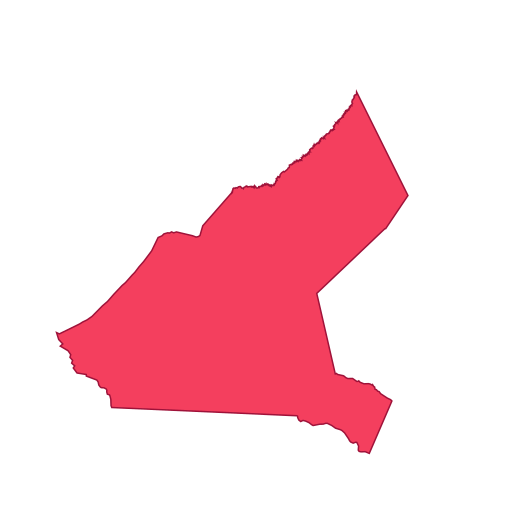 Sesheke, Western, Zambia, rotated 16°
{"feature_id": "96606910B16407097160512", "entity_name": "Sesheke", "entity_type": "district", "adm_level": 2, "iso_a3": "ZMB", "parent_name": "Zambia", "parent_adm1": "Western", "projection": "natural_earth1", "projection_center": [23.989, -16.932], "detail": "fine", "context": "isolated", "style": "filled", "palette": "rose", "viewbox_px": 512, "rotation_deg": 16, "n_neighbors": 0, "source": "geoboundaries", "source_scale": "gbopen_adm2", "svg_char_len": 6068}
<svg xmlns="http://www.w3.org/2000/svg" viewBox="0 0 512 512"><g transform="rotate(16 256 256)"><path d="M307.5,70.6L308.1,73.2L306.7,73.9L306.7,74.9L306.1,75.3L306.9,76.7L306.4,77.2L306.1,79.1L305.6,79.4L305.7,81.6L306.7,82.7L306.3,83.8L306.5,84.6L306.2,84.4L305.6,85.1L305.8,85.6L305.2,86.0L305.3,86.3L305.6,86.1L305.6,87.4L305.1,87.9L305.2,88.2L304.9,87.9L305.0,88.7L304.4,89.3L304.7,89.6L304.4,89.7L303.8,90.5L304.3,90.6L303.9,90.9L303.9,91.4L303.3,91.0L303.2,91.4L303.0,91.2L302.9,91.6L302.1,91.6L302.4,93.0L302.0,93.2L302.5,93.4L302.2,94.0L302.6,93.6L302.7,94.1L301.8,94.5L301.9,95.0L301.5,94.9L301.0,95.6L301.0,95.9L301.6,95.8L301.4,96.3L301.6,96.7L301.4,97.4L300.8,97.5L301.1,97.8L301.0,98.0L300.7,97.7L300.9,98.1L300.7,98.7L300.9,98.8L300.2,99.0L300.3,99.9L299.3,100.5L299.3,101.3L298.8,101.3L298.2,102.1L298.5,102.8L298.0,102.9L298.3,103.4L298.0,103.5L298.5,103.9L298.1,104.0L297.8,104.3L298.0,104.5L297.4,105.1L297.7,105.0L297.8,105.4L297.6,105.2L297.0,105.7L296.8,105.2L296.4,106.2L296.1,106.1L296.4,106.5L295.5,107.8L295.7,108.3L295.3,108.7L295.5,109.2L295.2,109.2L294.6,109.9L294.8,110.1L294.5,110.4L295.1,110.2L295.7,110.8L295.5,111.5L295.7,112.6L296.1,112.8L295.5,113.1L295.5,113.5L295.1,113.5L294.9,114.4L293.9,114.5L293.9,114.1L293.4,114.7L293.0,114.5L292.8,115.4L293.1,115.7L292.5,116.6L292.7,117.2L292.5,117.7L292.2,117.6L292.1,118.3L290.1,119.3L289.9,119.7L290.1,120.1L289.5,120.7L289.3,121.1L289.5,121.2L288.7,122.0L289.2,122.5L288.8,123.4L289.1,123.7L288.7,123.6L288.5,124.2L288.3,124.0L288.4,124.4L287.9,124.2L287.9,124.5L287.2,124.7L286.4,124.4L286.3,125.0L286.2,124.8L286.2,125.1L285.7,125.6L286.0,126.2L285.6,126.7L285.9,127.2L285.3,127.5L285.4,128.3L285.9,128.3L285.5,128.9L285.7,129.0L285.4,129.5L285.5,130.0L285.2,129.9L285.4,130.4L284.9,130.6L284.6,130.2L284.7,130.8L284.4,130.3L284.3,130.7L283.9,130.5L283.3,131.0L283.2,131.8L282.6,132.2L282.8,132.4L282.1,133.3L281.8,133.2L281.8,133.5L281.6,133.2L281.4,133.5L281.2,133.2L281.2,133.8L281.0,133.7L280.9,134.2L281.1,134.3L280.6,134.5L281.0,136.7L280.8,136.9L280.6,136.5L280.2,137.1L279.9,137.1L280.2,136.8L279.6,137.0L278.3,139.1L278.6,140.0L278.8,139.7L278.9,140.5L278.3,140.2L278.6,140.5L278.4,141.4L278.7,141.4L278.2,141.7L278.5,142.6L278.2,142.4L278.0,143.0L277.7,142.6L277.6,143.3L277.3,143.1L277.1,143.5L277.4,144.2L277.1,144.5L276.8,144.1L276.6,144.5L276.2,144.2L276.6,144.7L276.5,145.0L276.0,144.7L275.9,145.1L276.2,145.2L275.4,145.5L275.2,145.8L275.4,146.2L275.1,146.1L275.0,146.4L275.3,146.4L274.7,146.8L274.8,146.3L274.1,146.1L274.4,146.6L274.0,146.9L274.1,147.2L273.5,147.3L273.7,147.5L273.6,148.1L273.2,147.8L273.5,148.2L273.2,148.4L273.4,148.4L273.4,149.0L272.9,149.1L273.2,149.6L272.9,150.7L273.3,151.2L272.5,151.2L272.8,151.5L272.5,151.5L272.3,152.1L271.7,152.3L271.5,151.8L271.2,152.3L271.1,151.9L270.6,152.7L269.9,152.6L269.9,153.0L269.6,152.9L269.8,153.4L269.3,153.2L268.9,153.9L268.6,153.6L268.7,154.3L268.2,154.4L268.5,154.8L267.8,154.4L267.5,155.0L267.1,154.8L267.3,155.5L266.7,155.4L266.8,156.1L266.0,156.4L266.3,156.8L265.4,157.5L265.7,157.9L265.0,158.5L264.4,158.3L263.0,159.5L263.3,160.0L263.6,161.8L262.7,162.5L262.4,163.9L260.2,167.2L260.0,167.4L259.2,167.1L257.7,169.0L256.8,171.1L257.0,172.1L256.8,172.9L257.1,173.2L256.9,174.1L256.4,174.2L256.5,174.0L256.1,174.0L256.0,173.5L255.3,173.6L255.4,174.0L255.0,174.2L254.9,175.1L254.2,176.2L254.9,176.4L254.9,177.3L255.2,177.5L254.8,177.6L254.9,177.9L254.5,178.5L254.8,178.8L254.6,179.5L254.4,179.4L254.6,181.0L253.9,181.8L253.9,182.3L253.6,182.0L253.6,182.9L253.1,182.9L252.9,183.7L251.9,183.5L251.9,183.9L251.5,184.0L251.5,184.4L251.2,184.1L251.2,184.6L250.7,184.1L250.3,185.0L249.6,184.7L249.7,184.2L249.1,184.5L249.1,184.0L248.3,184.1L248.3,183.7L247.7,183.5L247.4,183.7L247.4,184.1L247.1,184.2L247.3,183.8L247.0,183.7L246.8,184.5L245.9,184.4L245.8,184.6L245.6,184.1L245.5,184.4L244.6,184.3L244.8,184.9L243.9,186.1L243.7,185.9L243.5,186.3L243.4,185.9L242.8,186.6L242.5,186.2L242.4,186.9L242.0,187.4L241.8,187.1L241.1,188.0L239.9,188.4L240.1,189.2L239.7,189.1L239.8,189.4L238.2,190.5L237.2,190.3L236.6,189.4L236.0,189.1L235.7,189.2L235.6,189.7L235.3,189.3L235.3,189.6L235.0,189.4L234.5,189.7L234.7,190.5L234.4,190.1L234.2,190.3L234.5,190.7L233.4,190.3L233.1,190.8L232.5,190.4L232.2,190.8L231.7,190.6L228.9,191.9L228.4,191.5L228.2,191.8L227.3,191.4L227.2,191.9L225.5,193.4L225.3,194.8L224.5,194.4L223.5,194.7L222.0,193.5L221.2,193.7L219.9,194.5L219.3,195.8L217.9,195.8L217.5,196.6L216.0,196.7L215.4,197.4L215.3,198.1L215.6,198.6L215.3,199.6L215.7,200.8L215.1,201.3L215.6,201.8L215.3,202.4L215.1,202.1L196.5,241.6L196.5,251.8L195.1,253.3L193.2,254.3L189.3,254.0L172.9,254.8L170.5,256.4L168.2,256.1L166.5,257.8L164.8,258.0L161.4,260.1L160.0,262.6L156.8,265.2L154.3,279.8L149.5,292.4L146.6,298.5L144.0,305.2L142.3,308.3L137.9,317.5L135.4,321.3L130.1,331.5L125.7,340.8L122.2,346.1L115.0,359.3L110.9,364.3L107.6,367.2L105.2,369.9L88.4,385.1L85.4,384.6L89.4,390.7L94.5,393.8L92.7,396.6L101.5,398.9L105.1,401.9L105.1,404.7L108.5,406.9L108.3,409.8L112.0,411.6L111.2,414.0L116.2,417.8L125.5,416.7L126.0,418.2L137.1,419.1L138.9,420.5L140.5,423.4L142.5,424.9L143.5,425.2L146.3,424.6L148.8,425.2L149.6,426.1L150.0,427.8L151.2,429.8L153.5,429.9L154.4,431.1L156.0,433.9L157.9,439.8L159.1,441.4L339.3,398.3L340.1,398.5L340.6,399.8L342.4,401.9L344.6,402.8L346.5,401.1L349.1,401.0L353.0,401.6L355.9,402.8L357.6,403.2L363.7,400.1L366.9,399.1L369.2,397.6L370.7,397.2L375.4,398.0L379.9,399.6L385.0,399.7L386.8,400.1L389.9,401.6L395.3,406.1L396.9,407.8L398.3,408.7L401.0,409.1L403.2,407.5L404.3,407.4L407.0,410.4L407.7,413.9L408.0,414.7L409.0,415.4L410.9,415.3L414.9,414.0L419.3,414.5L426.6,357.9L425.0,357.0L421.4,356.4L413.7,354.0L411.7,352.4L410.2,352.4L408.6,351.3L407.2,351.3L406.1,349.2L405.3,349.1L403.6,347.6L403.5,348.1L401.0,347.6L399.3,347.7L395.0,349.1L390.9,348.7L389.2,347.7L388.8,348.3L387.5,348.8L382.6,347.1L378.0,348.5L376.0,348.2L373.8,347.2L372.8,347.0L367.0,347.4L365.8,346.7L364.7,347.5L324.7,275.2L372.3,194.3L373.1,194.0L385.4,156.0L307.5,70.6Z" fill="#f43f5e" stroke="#9f1239" stroke-width="1.5"/></g></svg>